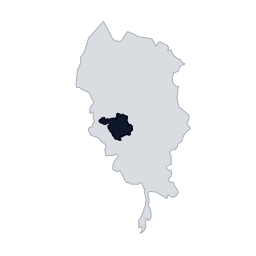 Afghanistan, with Ghazni highlighted, rotated 113°
{"feature_id": "AFG-1757", "entity_name": "Ghazni", "entity_type": "Province", "adm_level": 1, "iso_a3": "AFG", "parent_name": "Afghanistan", "parent_adm1": "", "projection": "natural_earth1", "projection_center": [67.708, 33.141], "detail": "fine", "context": "in_parent", "style": "filled", "palette": "ink", "viewbox_px": 256, "rotation_deg": 113, "n_neighbors": 0, "source": "natural_earth", "source_scale": "10m", "svg_char_len": 7345}
<svg xmlns="http://www.w3.org/2000/svg" viewBox="0 0 256 256"><g transform="rotate(113 128 128)"><path d="M113.2,73.9L117.7,73.5L120.8,74.0L122.4,75.6L123.9,76.0L125.5,75.2L126.4,75.1L126.8,75.6L127.6,75.8L128.8,75.7L129.4,76.2L129.6,77.1L130.5,78.3L132.0,79.8L133.4,80.1L135.3,79.0L135.9,79.1L136.2,78.7L136.4,77.9L137.5,77.1L139.5,76.4L140.6,75.8L141.0,75.2L141.7,75.1L142.5,75.2L143.0,75.0L143.4,74.3L144.1,74.0L144.7,74.2L147.5,76.8L148.6,77.6L149.1,77.5L150.5,76.0L150.7,74.7L150.3,73.0L150.5,71.6L151.5,70.6L153.1,69.9L155.6,69.7L157.1,69.8L157.7,70.4L158.5,70.7L159.4,70.7L160.3,70.1L161.1,68.8L161.1,67.2L160.4,65.3L160.6,64.7L161.8,63.8L163.1,62.4L164.4,60.5L165.6,58.3L167.1,56.9L168.9,56.4L171.1,57.0L173.7,58.7L174.7,60.9L174.1,63.4L174.0,64.8L174.5,65.1L177.5,64.6L177.9,65.0L177.8,65.7L177.4,66.8L176.9,69.8L176.1,77.3L177.4,81.8L178.3,83.5L179.2,84.1L180.0,84.3L180.9,84.1L182.7,83.0L185.3,80.9L187.9,79.6L191.7,78.9L192.9,76.6L194.6,75.1L198.6,72.9L200.8,72.0L202.0,71.9L205.1,72.7L205.2,73.4L205.0,74.1L204.2,74.7L203.9,75.2L204.3,75.5L205.5,75.7L210.7,74.1L211.9,72.8L213.0,72.7L215.3,73.3L217.0,73.1L217.9,73.7L220.0,75.7L219.3,75.8L218.4,75.4L217.8,74.7L215.7,75.6L213.4,76.8L213.5,77.1L215.6,79.0L211.2,80.9L209.3,82.1L208.8,82.1L205.8,81.1L197.6,81.4L191.3,82.0L188.9,83.0L186.6,83.5L185.4,84.0L184.6,85.1L181.2,87.4L180.6,88.3L178.6,88.2L176.7,90.5L173.8,93.2L173.2,94.4L173.6,95.1L175.2,96.1L175.9,97.0L177.0,99.6L177.5,101.4L178.2,102.2L178.6,104.4L177.9,105.7L177.9,106.3L178.9,108.0L178.6,108.5L177.9,109.3L176.8,111.4L174.8,113.0L173.9,114.4L172.5,115.9L171.9,117.2L171.2,117.9L170.6,118.3L170.8,119.0L171.3,119.9L172.3,120.9L172.3,124.8L171.8,125.9L169.2,127.0L166.7,127.5L163.6,127.5L162.5,127.3L158.2,125.9L156.9,126.6L156.6,128.3L159.0,131.1L160.0,132.7L161.2,135.3L162.0,136.7L161.7,137.9L157.3,140.7L154.6,141.0L152.8,141.5L152.0,142.2L151.4,145.2L150.7,146.2L150.7,147.5L150.2,149.0L149.3,149.9L148.6,151.5L149.2,159.3L146.6,162.5L145.2,163.6L143.9,164.1L142.8,163.9L141.3,162.1L140.4,161.5L139.4,161.6L138.4,162.2L136.8,162.0L135.4,161.4L134.7,161.5L134.3,162.1L132.9,163.4L129.3,165.5L127.8,165.6L127.2,166.2L127.4,167.0L128.1,167.7L129.2,168.2L129.2,168.7L127.4,169.8L125.5,170.5L123.4,170.7L121.2,170.3L120.0,169.4L118.7,169.3L117.5,170.0L116.2,171.1L114.4,173.9L111.9,175.6L111.2,177.3L110.4,180.4L110.6,184.9L110.3,186.9L109.7,188.3L109.9,189.3L110.7,190.5L110.4,191.3L109.6,192.1L108.9,192.6L94.8,197.0L92.5,197.1L91.3,196.9L87.3,196.9L85.7,197.2L84.0,197.8L82.8,198.6L81.8,199.6L80.2,199.0L74.9,198.0L60.7,199.4L59.3,199.1L39.5,192.2L52.0,176.8L52.4,175.5L52.4,173.0L51.7,169.7L50.5,168.1L39.7,166.3L39.3,163.7L39.5,162.5L39.4,160.3L39.4,158.5L40.0,155.7L40.0,154.4L36.8,141.6L36.8,140.3L38.9,137.4L41.5,134.5L41.4,134.0L40.1,133.7L38.2,133.7L37.1,133.2L36.3,132.4L36.0,131.3L36.6,129.2L36.2,125.2L38.2,121.8L41.4,121.6L39.8,119.2L39.5,118.9L39.4,118.5L39.6,118.1L40.4,117.9L42.3,116.4L42.4,115.5L44.0,113.2L43.9,112.1L45.0,109.4L44.5,107.6L44.4,106.6L45.6,106.0L46.3,103.4L46.8,102.8L46.8,102.1L46.6,101.1L47.6,100.9L48.6,102.3L50.1,103.7L51.1,104.1L52.4,104.3L55.2,103.8L55.8,103.9L58.6,106.3L59.1,106.9L59.4,107.9L59.8,108.2L60.8,107.2L61.8,106.9L63.7,107.2L64.7,106.9L69.5,103.8L69.8,101.9L70.3,100.8L70.9,100.2L70.2,98.0L70.5,97.5L71.1,97.3L72.7,97.3L79.9,94.9L81.7,94.9L82.1,94.7L82.3,94.0L82.8,93.3L86.2,91.5L88.2,89.7L88.9,88.3L92.2,77.2L93.9,76.3L95.6,75.6L101.6,75.3L102.7,71.9L103.2,71.1L104.2,70.3L108.6,72.8L113.2,73.9Z" fill="#d9dde1" stroke="#a8b0b8" stroke-width="1"/><path d="M118.1,138.6L117.7,138.6L117.5,138.1L117.6,137.3L117.7,137.1L117.8,137.0L117.8,136.9L117.8,136.2L117.9,135.9L118.0,135.8L117.9,135.3L117.6,134.2L117.6,133.9L117.8,133.3L117.9,133.2L118.1,133.0L119.2,132.6L119.9,132.4L120.3,132.4L121.6,132.0L121.8,131.9L122.1,131.7L122.3,131.4L122.4,131.2L122.5,131.0L122.7,130.9L123.5,130.1L123.7,129.9L124.2,129.2L124.3,129.1L124.6,128.9L124.7,128.7L124.5,128.1L124.4,127.9L124.1,127.7L124.1,127.3L124.2,127.2L124.3,127.1L124.4,126.7L124.5,126.5L124.5,126.4L124.2,126.1L124.5,125.5L124.5,125.4L124.6,125.1L124.8,124.9L125.3,124.5L125.9,124.6L126.1,124.6L126.5,124.4L126.7,124.0L126.7,123.9L126.8,123.8L127.0,123.7L128.1,123.4L128.4,123.4L128.8,123.5L129.3,123.7L129.7,123.9L130.0,124.3L130.3,124.4L130.9,124.4L131.1,124.4L131.3,124.4L132.1,124.1L132.4,123.9L132.6,123.7L132.8,123.6L133.0,123.5L133.3,123.6L133.5,123.7L133.9,124.1L134.0,124.2L134.0,124.4L134.2,125.1L134.2,125.4L134.2,125.6L134.2,125.9L134.2,126.0L134.2,126.3L134.3,126.5L134.4,126.9L134.4,127.1L134.5,127.4L134.6,127.5L134.8,127.5L135.6,127.9L135.8,128.1L136.4,128.5L136.6,128.7L136.6,128.8L137.7,130.0L137.8,130.1L138.1,130.1L138.5,130.1L138.6,130.4L138.6,130.5L138.5,131.0L138.4,131.2L138.4,131.4L138.4,131.5L138.5,131.5L138.8,131.7L139.3,131.8L139.6,131.8L139.7,131.7L140.8,131.1L141.4,130.3L141.8,130.0L142.1,130.2L142.2,130.3L142.3,130.4L142.3,130.5L142.4,130.8L142.5,131.1L142.5,131.3L142.4,131.3L142.3,131.5L142.2,131.6L142.2,131.8L142.3,132.0L142.4,132.3L142.5,132.5L142.5,132.8L142.5,133.4L142.5,134.0L142.6,134.4L142.8,134.7L142.9,135.0L142.9,135.3L142.6,136.0L142.5,136.3L141.6,137.1L141.4,137.4L141.3,137.8L141.2,138.1L141.2,138.4L141.0,138.6L140.9,138.8L140.1,139.8L138.9,140.7L138.8,140.9L138.7,141.1L138.1,142.9L137.6,143.5L137.3,144.0L136.4,144.9L136.3,145.0L136.1,145.1L136.1,145.3L136.1,145.6L136.0,145.8L135.6,146.1L135.1,146.5L134.9,146.6L134.6,146.8L134.2,146.9L133.5,146.9L133.3,147.0L133.2,146.9L132.5,146.5L131.4,145.4L130.8,146.2L130.3,147.2L130.2,147.3L130.5,147.7L131.7,148.7L131.8,149.0L132.3,149.5L132.9,150.0L133.2,150.2L133.3,150.2L133.3,150.3L133.6,151.2L133.7,151.7L133.8,151.9L133.8,152.0L133.7,152.4L133.6,152.6L133.6,152.8L133.7,153.4L133.7,154.0L133.5,154.3L133.5,154.6L133.7,155.2L133.7,155.4L133.7,155.5L133.6,156.0L133.3,156.8L132.8,157.1L132.7,157.2L131.9,157.2L131.7,157.2L131.4,157.0L131.2,156.8L130.9,156.6L130.6,156.4L130.2,156.2L129.4,156.1L129.1,155.9L128.9,155.7L129.0,155.6L129.0,154.9L129.0,154.7L128.8,154.5L128.7,154.4L128.4,154.3L128.0,154.4L127.9,154.4L127.8,154.1L127.8,153.9L127.9,153.7L128.0,153.6L128.1,153.4L128.4,153.5L128.6,153.5L129.1,153.3L129.3,153.1L129.5,152.9L129.7,152.7L129.8,152.6L129.8,152.4L129.7,152.2L129.2,151.8L128.6,151.7L128.4,151.1L128.2,150.8L127.4,150.2L128.3,149.2L127.8,148.9L127.7,148.8L125.7,146.8L125.7,146.7L125.3,146.2L125.0,145.7L124.9,145.5L124.9,145.3L124.9,145.2L125.0,145.1L125.3,145.0L125.4,144.9L125.4,144.7L125.2,144.6L124.7,144.4L124.6,144.2L125.2,143.7L125.3,143.6L125.4,143.4L125.4,143.2L125.2,142.9L125.1,142.7L125.2,142.4L124.9,142.4L124.9,142.5L124.7,142.7L124.5,143.0L124.4,143.2L124.3,143.3L124.2,143.3L123.7,143.3L123.4,143.2L123.1,143.1L123.1,142.9L123.0,142.7L122.9,142.7L122.4,142.7L122.2,142.6L122.0,142.4L122.0,142.1L121.9,141.8L121.9,141.7L121.7,141.6L121.3,141.5L121.0,141.5L120.8,141.6L120.7,141.6L120.7,141.9L120.7,142.0L120.8,142.1L120.9,142.4L121.0,142.5L120.9,142.6L120.9,142.8L120.6,143.1L120.5,143.4L120.5,143.5L120.4,143.6L119.9,143.7L119.7,143.6L119.1,143.5L118.9,143.4L118.7,143.1L118.6,142.9L118.6,142.6L118.5,142.0L118.5,141.8L118.6,141.6L118.6,141.4L118.6,140.9L118.6,140.7L118.7,140.4L119.2,140.0L119.3,139.9L119.4,139.7L119.5,139.6L119.7,139.4L119.8,139.3L119.8,139.1L119.7,138.9L119.7,138.7L119.4,138.6L118.1,138.6Z" fill="#0f172a" stroke="#020617" stroke-width="1.5"/></g></svg>